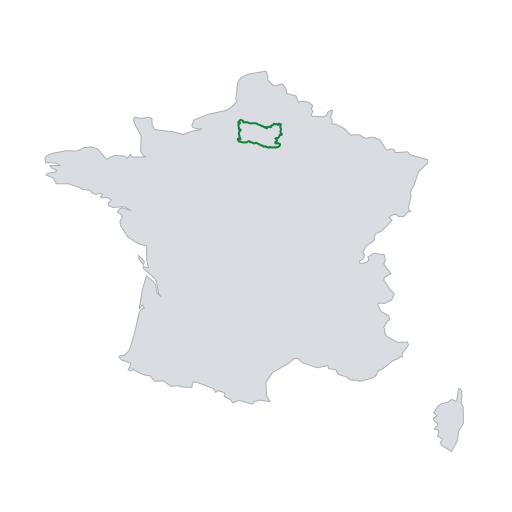 Oise on a map of France (Natural Earth projection), rotated 3°
{"feature_id": "FRA-5331", "entity_name": "Oise", "entity_type": "Metropolitan department", "adm_level": 1, "iso_a3": "FRA", "parent_name": "France", "parent_adm1": "", "projection": "natural_earth1", "projection_center": [2.414, 49.417], "detail": "fine", "context": "in_parent", "style": "outline", "palette": "green", "viewbox_px": 512, "rotation_deg": 3, "n_neighbors": 0, "source": "natural_earth", "source_scale": "10m", "svg_char_len": 6545}
<svg xmlns="http://www.w3.org/2000/svg" viewBox="0 0 512 512"><g transform="rotate(3 256 256)"><path d="M408.2,203.0L404.6,204.7L402.4,208.2L400.2,209.0L396.0,209.1L393.9,206.9L389.0,208.3L387.0,210.5L390.0,213.2L380.3,224.5L374.0,227.5L372.8,234.8L365.4,240.3L362.7,246.1L362.5,247.3L364.4,249.2L363.6,253.0L359.9,255.4L360.0,257.9L361.0,258.2L366.8,256.3L369.0,254.0L367.8,250.9L373.5,247.2L384.0,248.1L385.3,253.1L384.0,257.3L391.7,266.5L385.2,270.7L384.9,273.5L391.8,282.7L396.1,286.5L393.9,292.7L386.8,296.7L382.3,296.4L380.4,297.4L380.6,299.3L383.8,304.9L391.6,308.5L392.8,312.7L390.7,314.3L387.3,320.6L388.9,323.8L388.3,325.2L389.2,327.4L391.2,329.5L402.0,334.9L411.6,333.9L412.9,337.1L407.2,345.4L407.6,349.2L404.6,349.3L404.1,350.6L398.2,353.4L388.7,361.8L384.2,364.3L382.5,368.7L379.9,371.1L366.1,375.9L363.4,374.8L356.7,375.0L352.4,371.9L344.3,369.9L341.7,365.4L334.1,364.6L333.7,361.6L323.1,364.4L308.2,360.3L303.0,355.9L298.6,357.0L294.8,361.0L278.8,371.3L272.5,382.0L273.8,394.5L277.5,400.7L267.7,399.7L261.9,401.5L260.3,404.2L246.5,401.1L241.4,403.7L240.0,403.5L238.2,400.8L231.4,397.9L232.4,395.8L231.5,394.0L225.1,392.5L222.9,394.3L220.5,390.7L202.7,385.0L199.8,385.1L198.6,390.7L187.1,390.6L185.4,389.5L178.0,390.7L170.1,385.5L161.4,386.5L156.0,381.0L150.8,380.7L143.5,377.9L140.1,376.4L139.7,374.8L137.5,377.3L134.8,376.7L134.2,376.0L136.0,373.0L136.4,369.5L127.2,366.9L124.8,364.4L124.8,363.0L129.8,361.9L134.3,357.0L138.8,339.5L142.2,318.8L144.5,314.8L147.4,313.8L145.1,310.9L142.2,314.7L144.2,295.7L147.7,281.5L155.3,287.3L157.1,289.8L159.2,298.3L163.5,301.9L160.7,298.4L158.1,287.2L156.4,284.0L144.3,274.5L143.9,272.4L149.3,273.5L147.2,266.5L146.2,251.7L138.8,250.3L127.1,244.0L119.1,232.7L118.3,228.5L120.5,224.1L118.7,221.3L115.2,219.3L118.0,215.5L120.4,215.1L128.9,217.3L122.0,213.7L110.7,214.9L106.2,213.6L105.5,211.0L108.6,207.6L104.9,205.5L98.4,206.0L97.6,205.1L99.6,202.6L98.0,201.7L92.7,202.7L89.7,201.9L87.0,199.1L78.5,198.5L76.7,196.9L65.0,193.7L52.8,194.3L49.5,188.7L42.1,186.0L43.6,184.3L51.2,182.7L52.6,181.1L47.3,178.8L45.4,176.5L55.4,176.0L51.0,173.6L41.3,173.8L40.1,170.5L41.5,167.1L47.2,164.1L61.3,160.8L71.5,160.6L78.8,156.8L85.9,155.7L92.6,157.6L101.6,167.2L109.0,163.0L119.9,163.1L122.1,165.5L125.1,161.1L127.4,163.7L140.7,162.8L137.7,161.1L135.2,157.1L135.0,142.1L128.4,131.2L126.8,127.3L127.2,123.9L135.1,124.5L141.7,123.1L144.9,124.1L145.5,131.0L148.2,135.1L166.4,136.3L177.0,138.5L185.8,134.6L194.1,132.8L194.8,131.9L190.0,132.2L185.7,130.5L185.1,128.7L187.4,123.2L200.2,117.2L218.7,112.1L223.5,108.7L228.9,102.6L227.7,101.0L228.6,84.3L231.4,78.9L238.4,74.9L256.3,70.9L258.5,76.2L258.4,79.2L263.2,83.9L265.5,85.3L273.3,82.8L277.1,87.2L278.3,92.1L287.7,94.1L290.5,100.6L292.2,99.1L298.1,99.4L300.9,100.0L304.8,102.8L303.6,106.6L305.3,108.5L303.7,112.0L304.9,113.5L315.7,113.5L319.0,112.0L320.4,108.4L323.7,106.3L325.0,106.9L323.0,113.6L324.5,115.3L325.3,120.0L329.4,120.4L337.5,124.2L344.3,130.4L352.6,129.4L359.2,132.9L366.0,131.1L372.4,133.0L374.7,134.8L380.8,143.6L385.3,141.9L388.6,142.9L389.7,145.5L401.9,144.0L404.2,146.4L406.7,147.4L422.3,150.7L422.6,154.0L413.8,163.5L410.2,176.9L407.7,181.6L406.8,185.1L407.6,187.4L407.2,191.1L405.5,199.9L406.7,202.5L408.2,203.0ZM469.0,386.2L468.4,391.9L470.7,396.0L471.9,412.3L467.5,420.2L466.9,429.7L461.4,441.1L452.4,436.0L449.6,433.2L451.9,428.9L446.7,426.5L447.8,422.3L447.2,420.2L443.6,420.0L443.4,418.9L446.0,415.6L445.9,413.6L442.3,411.1L441.6,408.9L444.9,406.3L443.3,404.0L441.5,403.5L445.8,396.1L448.9,393.8L455.8,391.8L458.6,389.0L463.3,390.5L464.0,389.8L465.2,378.1L466.8,377.9L468.3,379.5L469.0,386.2ZM145.0,267.3L143.9,270.6L139.3,264.9L138.7,261.7L145.0,267.3Z" fill="#d9dde1" stroke="#a8b0b8" stroke-width="1"/><path d="M273.8,123.1L273.9,123.4L273.9,123.8L273.5,125.7L273.5,126.1L273.6,126.4L274.1,127.2L274.2,127.8L274.3,128.5L273.9,130.3L273.9,130.7L274.0,131.2L274.1,131.6L274.3,131.9L274.9,132.2L275.1,132.4L275.3,132.8L275.4,133.2L275.2,133.6L274.9,133.8L274.6,133.9L274.1,133.6L273.9,133.5L273.3,133.9L272.8,135.8L272.4,136.5L271.6,137.0L270.1,137.1L269.3,137.6L269.4,137.8L270.7,139.0L270.9,139.3L271.0,139.8L270.6,140.5L269.9,140.9L269.3,141.2L269.5,142.1L269.7,142.5L269.9,142.6L270.2,142.6L271.8,142.3L272.4,142.3L273.4,142.6L273.9,142.9L274.2,143.3L274.2,143.8L274.0,144.4L273.6,145.0L273.2,145.4L272.7,145.7L272.1,146.1L271.7,146.2L271.3,146.2L270.9,146.2L270.5,146.4L270.0,146.7L269.8,146.8L269.3,146.5L269.0,146.4L268.6,146.5L266.2,146.9L264.6,146.5L264.3,146.4L264.0,146.5L263.7,146.7L263.6,146.9L263.4,147.1L263.2,147.2L262.9,147.1L262.6,147.0L262.4,146.9L262.1,146.7L261.9,146.6L261.3,146.8L260.9,146.8L260.6,146.6L260.1,146.2L259.3,146.0L258.1,146.5L257.4,146.1L257.2,145.8L257.1,145.6L256.9,145.4L256.7,145.3L256.2,145.5L255.9,145.5L250.7,143.1L250.2,142.9L249.7,143.1L248.7,143.6L248.3,143.6L247.9,143.6L246.0,142.8L245.3,142.7L244.8,142.7L244.0,142.4L243.7,142.1L243.5,141.9L243.2,141.8L242.9,141.7L242.5,141.8L242.2,142.0L240.9,142.8L240.5,143.0L239.9,143.1L238.5,143.1L237.5,143.4L236.9,143.2L236.1,143.1L234.7,142.7L233.7,142.7L233.4,142.6L233.1,142.6L232.7,142.3L232.5,142.0L232.4,141.6L232.3,141.4L231.9,141.0L231.8,140.5L231.7,140.3L231.7,140.2L232.1,139.7L232.4,139.5L232.7,139.5L233.0,139.6L233.3,139.8L233.6,140.3L233.8,140.4L234.0,140.4L234.3,140.3L234.4,140.2L234.2,139.6L233.5,138.0L232.6,135.3L232.5,134.2L232.5,133.7L232.6,133.3L232.9,132.7L233.1,132.2L233.3,132.0L233.4,131.9L233.6,131.9L233.8,131.7L234.0,131.2L234.1,130.9L233.8,130.5L233.5,130.5L233.2,130.6L232.8,130.7L232.6,130.7L232.4,130.5L232.3,130.1L232.2,128.8L232.1,128.3L231.9,127.9L231.8,126.8L231.8,126.1L231.7,125.8L231.5,125.6L231.5,125.4L231.7,125.2L232.3,124.9L232.6,124.7L232.9,124.2L233.1,123.9L232.9,123.6L232.6,123.5L232.3,123.6L232.0,123.7L231.7,123.8L231.5,123.7L231.4,123.4L231.6,123.0L232.6,121.6L232.9,121.3L233.4,121.1L233.6,120.9L235.6,121.5L236.1,121.8L236.2,122.2L236.4,123.1L236.6,123.3L240.0,122.8L242.8,123.9L247.9,123.4L249.9,123.7L251.4,124.7L253.8,125.1L254.6,125.9L254.9,126.1L255.2,126.1L255.9,125.9L256.2,126.0L257.4,126.9L257.8,127.1L258.2,127.0L258.8,126.6L259.2,126.7L259.4,127.0L259.5,127.8L259.9,128.0L260.1,127.9L260.3,127.7L260.4,127.3L260.6,127.1L261.5,126.3L261.9,126.2L262.6,126.1L263.8,126.6L264.2,126.5L264.4,126.2L264.3,125.6L264.3,125.3L264.6,124.9L264.9,124.8L265.7,124.7L266.0,124.3L266.6,123.3L266.9,123.0L267.4,123.0L268.4,123.6L269.0,123.5L269.4,123.3L269.8,123.2L270.2,123.3L271.1,123.9L271.6,123.9L271.9,123.5L271.9,122.8L273.8,123.1Z" fill="none" stroke="#15803d" stroke-width="2"/></g></svg>